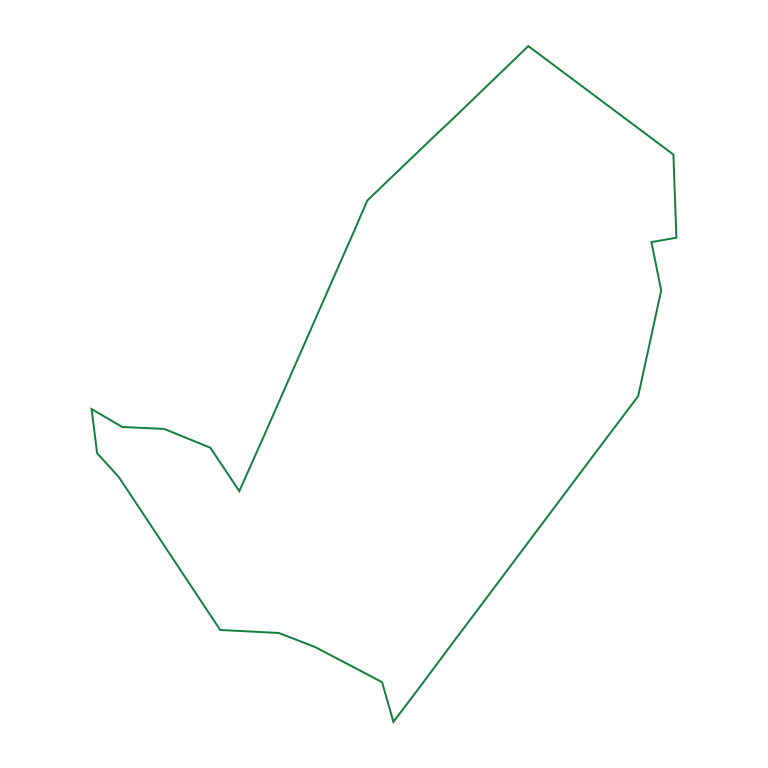 Rockdale, Georgia, United States of America
{"feature_id": "52423323B37962982685185", "entity_name": "Rockdale", "entity_type": "district", "adm_level": 2, "iso_a3": "USA", "parent_name": "United States of America", "parent_adm1": "Georgia", "projection": "albers", "projection_center": [-84.038, 33.656], "detail": "fine", "context": "isolated", "style": "outline", "palette": "green", "viewbox_px": 768, "rotation_deg": 0, "n_neighbors": 0, "source": "geoboundaries", "source_scale": "gbopen_adm2", "svg_char_len": 531}
<svg xmlns="http://www.w3.org/2000/svg" viewBox="0 0 768 768"><path d="M528.3,46.1L449.0,122.5L438.3,132.4L367.3,200.5L353.3,232.9L328.8,288.4L328.7,288.7L264.1,435.6L239.3,491.1L210.3,447.7L164.1,428.9L122.2,427.0L91.6,409.1L97.1,453.2L118.9,477.2L220.2,630.0L278.8,633.0L315.4,647.2L382.1,682.2L393.4,721.9L420.2,686.5L458.1,635.6L467.1,623.8L514.2,561.0L543.9,521.4L594.2,454.4L637.5,397.0L638.2,396.0L661.2,290.4L651.4,242.1L676.4,237.7L673.4,154.6L671.7,153.3L528.3,46.1Z" fill="none" stroke="#15803d" stroke-width="2"/></svg>